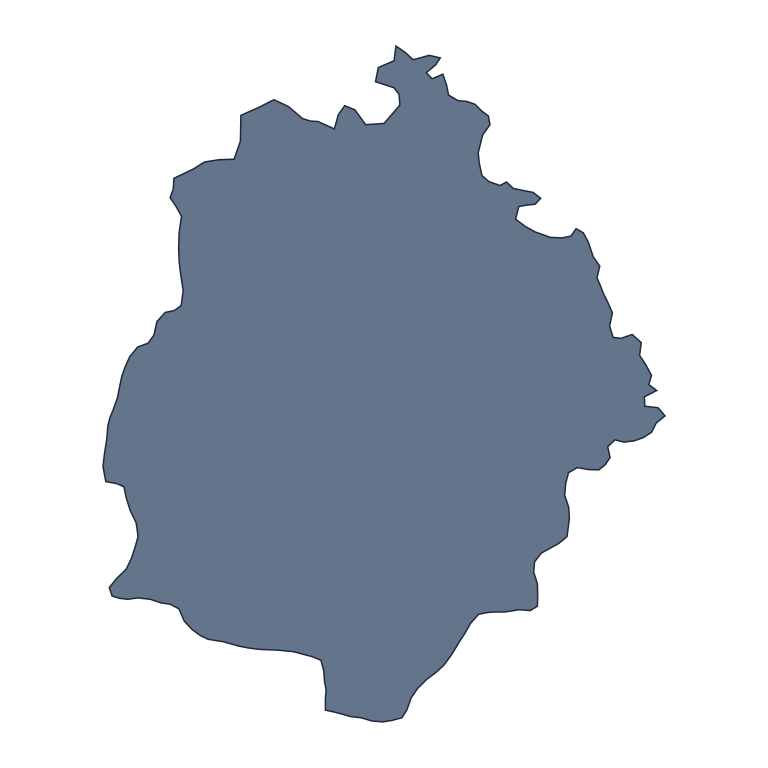 outline of Cascalho Rico, Minas Gerais, Brazil
{"feature_id": "56859067B3095618205564", "entity_name": "Cascalho Rico", "entity_type": "district", "adm_level": 2, "iso_a3": "BRA", "parent_name": "Brazil", "parent_adm1": "Minas Gerais", "projection": "robinson", "projection_center": [-47.868, -18.565], "detail": "fine", "context": "isolated", "style": "filled", "palette": "slate", "viewbox_px": 768, "rotation_deg": 0, "n_neighbors": 0, "source": "geoboundaries", "source_scale": "gbopen_adm2", "svg_char_len": 2610}
<svg xmlns="http://www.w3.org/2000/svg" viewBox="0 0 768 768"><path d="M325.4,710.1L335.7,712.4L342.8,714.3L350.6,716.6L361.2,717.8L372.0,721.0L382.6,721.9L391.7,720.5L401.8,717.8L406.8,710.1L411.1,697.9L417.7,688.3L426.8,679.3L435.9,672.5L443.9,665.1L450.9,655.7L456.0,647.4L460.3,640.3L464.6,633.8L470.6,623.3L478.6,614.3L486.8,612.6L494.3,612.0L504.9,612.0L519.3,609.7L530.2,610.6L537.4,606.2L537.7,597.0L537.4,583.9L533.7,572.2L534.6,561.8L541.3,553.1L550.3,548.1L558.7,543.5L567.0,536.6L568.2,527.6L569.4,518.6L568.7,507.3L564.7,495.2L565.7,483.5L568.5,472.7L577.3,467.6L588.8,469.6L598.7,469.9L605.0,465.0L610.1,457.5L607.7,446.7L615.1,439.8L623.9,442.1L634.1,440.9L643.1,437.7L651.6,432.2L656.2,423.0L665.0,415.9L658.2,407.8L644.8,406.2L644.4,396.8L656.7,390.5L648.8,384.6L651.5,375.4L645.9,365.0L639.6,355.4L641.3,342.7L632.2,334.5L621.2,338.3L613.1,337.4L609.6,325.9L612.4,312.8L607.8,302.3L603.5,293.7L600.2,285.2L597.0,277.7L599.8,266.1L593.2,256.8L588.4,242.3L583.3,232.8L576.1,228.7L571.0,236.0L562.2,237.9L550.4,237.4L543.0,234.7L535.1,231.9L525.6,226.6L515.6,219.2L518.8,206.6L526.1,205.2L535.0,204.3L540.7,198.3L533.1,192.4L523.3,190.5L513.3,188.4L506.5,182.0L499.9,185.5L488.8,181.5L482.0,175.6L479.4,163.8L478.2,153.0L480.2,144.7L482.8,134.7L490.0,124.7L488.4,116.0L481.7,111.0L475.0,104.3L467.1,101.5L458.0,100.6L448.6,95.1L446.6,85.2L442.9,74.2L432.0,78.8L426.3,72.6L435.4,65.2L440.3,57.9L429.1,55.3L421.2,57.6L413.1,59.7L405.4,52.6L396.0,46.1L394.0,60.8L378.3,67.5L375.5,81.7L394.0,87.8L399.1,94.4L399.8,105.2L384.1,123.4L365.7,124.7L354.9,109.8L344.7,105.7L338.3,114.7L334.4,128.9L317.8,121.5L310.6,121.1L302.4,118.5L288.6,106.6L273.9,99.7L258.6,107.5L240.9,115.3L240.4,141.1L234.1,159.2L219.0,159.7L204.4,162.0L193.5,168.9L173.9,178.3L173.3,188.9L170.1,197.9L175.3,205.2L181.5,216.1L179.1,232.8L178.7,249.1L179.2,262.3L180.8,275.1L183.2,290.5L181.2,305.5L174.4,310.5L165.3,312.4L157.0,321.4L153.9,335.1L148.1,343.2L137.8,346.9L129.8,356.5L125.0,367.3L121.9,375.9L119.9,385.3L117.5,397.7L113.1,409.9L109.8,418.1L107.8,426.2L106.8,438.9L104.5,453.5L103.0,466.7L105.8,481.6L116.4,483.5L123.9,486.7L126.2,497.7L130.2,510.4L136.2,523.0L138.1,536.6L134.6,548.8L131.3,558.6L126.3,569.0L116.7,578.4L109.3,587.6L112.1,596.1L119.9,598.4L127.9,599.3L137.8,597.9L150.3,599.3L161.3,603.0L170.1,604.2L178.9,608.8L184.3,621.2L192.3,629.7L200.6,635.7L208.1,639.3L222.7,641.6L230.9,643.9L238.4,646.0L248.0,647.9L259.1,649.4L267.2,649.7L278.7,650.2L293.4,651.7L312.0,656.6L320.9,660.2L323.7,670.6L324.6,681.6L326.1,690.2L325.4,698.9L325.4,710.1Z" fill="#64748b" stroke="#1e293b" stroke-width="1.5"/></svg>